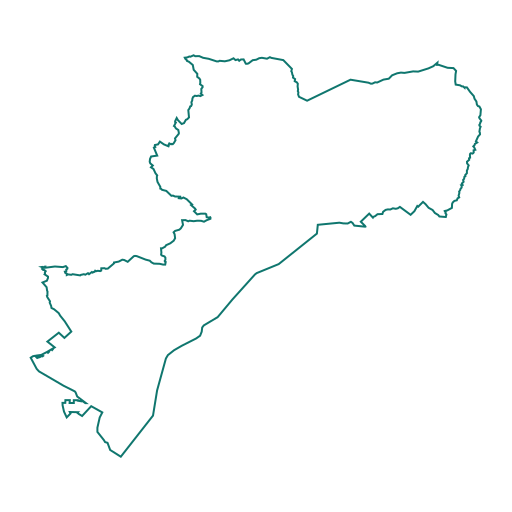 outline of Ramnicu Valcea, Vâlcea, Romania
{"feature_id": "2599482B78042684823285", "entity_name": "Ramnicu Valcea", "entity_type": "district", "adm_level": 2, "iso_a3": "ROU", "parent_name": "Romania", "parent_adm1": "Vâlcea", "projection": "equal_earth", "projection_center": [24.36, 45.075], "detail": "fine", "context": "isolated", "style": "outline", "palette": "teal", "viewbox_px": 512, "rotation_deg": 0, "n_neighbors": 0, "source": "geoboundaries", "source_scale": "gbopen_adm2", "svg_char_len": 5898}
<svg xmlns="http://www.w3.org/2000/svg" viewBox="0 0 512 512"><path d="M410.6,214.8L414.4,211.2L417.3,206.0L418.2,206.7L423.0,201.9L425.5,204.1L428.6,207.8L432.6,210.0L434.9,213.0L438.2,215.0L439.4,216.5L445.8,217.0L446.4,214.4L445.5,213.4L445.7,211.8L444.8,211.4L444.7,211.0L447.3,210.4L451.9,207.9L452.1,203.9L452.7,202.5L454.4,200.9L456.8,200.3L457.6,198.3L459.2,197.4L458.6,195.7L459.4,192.8L459.1,191.7L460.3,189.8L460.4,189.0L461.6,187.6L461.7,186.0L461.2,185.2L462.6,184.9L461.9,183.4L463.6,181.8L463.1,180.0L464.1,178.8L464.4,176.8L465.4,176.2L465.2,175.1L466.9,173.2L466.9,170.5L467.7,169.1L468.0,167.0L468.7,165.4L467.1,163.4L467.0,161.7L469.2,159.8L469.0,158.3L470.1,157.7L469.9,154.9L470.2,153.7L470.9,153.2L472.5,153.6L473.1,153.2L473.7,152.5L473.6,150.3L475.3,149.8L474.2,147.4L473.3,146.4L474.5,145.2L474.9,143.9L477.2,142.5L475.9,141.4L478.1,136.5L480.0,134.4L479.9,132.8L479.4,131.7L479.9,128.5L480.6,126.7L479.5,125.7L479.3,125.0L480.1,123.6L480.3,122.3L481.1,121.5L481.3,120.6L479.5,118.3L479.1,117.2L480.4,115.2L480.9,109.3L479.4,106.5L478.0,106.1L476.9,104.6L476.4,101.5L474.5,98.7L473.8,96.1L470.1,91.9L466.9,87.4L464.4,87.3L464.4,87.6L463.1,86.4L461.9,86.4L460.0,85.3L455.7,84.6L455.2,81.4L455.5,74.3L456.1,70.9L453.5,68.1L447.6,67.8L438.9,64.9L437.1,64.9L437.4,62.7L433.3,66.2L428.4,68.4L418.2,71.6L413.1,71.4L404.5,72.9L400.9,72.6L397.1,73.3L392.1,75.3L388.8,78.7L383.5,79.6L377.2,82.5L375.1,82.3L372.4,83.6L370.9,83.7L368.5,82.7L350.5,79.7L307.1,100.7L299.0,96.8L298.1,94.4L298.4,92.3L297.8,91.1L298.1,89.6L297.6,86.5L297.8,83.7L296.8,82.3L294.7,81.2L295.1,79.1L293.0,77.6L293.2,76.0L292.4,74.7L291.9,72.2L291.3,71.3L291.9,68.9L283.3,60.1L271.4,57.9L269.9,57.2L267.0,58.7L261.9,57.8L259.2,58.2L256.3,59.7L252.7,60.2L248.5,63.4L247.0,63.8L245.8,63.7L243.6,59.4L240.9,59.5L239.2,60.8L238.0,59.4L235.5,60.1L233.5,58.3L229.4,60.3L224.8,61.3L219.6,60.8L218.4,61.4L216.7,61.4L208.7,58.8L203.1,57.8L199.2,56.1L195.2,56.2L193.6,55.3L190.4,56.7L189.3,56.5L187.3,57.4L184.8,57.7L185.4,58.9L187.0,60.4L187.0,60.9L189.0,61.8L192.8,65.0L193.7,69.8L197.3,73.8L197.2,76.8L199.4,78.5L200.2,79.8L200.3,83.0L200.0,84.2L202.6,86.1L202.6,87.2L201.3,88.9L201.5,92.4L200.8,93.6L202.4,95.0L200.3,96.1L198.8,95.6L196.6,96.0L194.9,95.7L193.0,97.1L192.4,98.7L192.2,100.6L191.4,102.2L191.8,104.4L191.5,105.3L191.1,106.1L190.2,106.4L189.5,108.4L188.3,110.1L189.0,117.4L187.3,119.2L185.9,119.8L184.0,123.1L181.7,124.0L177.9,120.1L176.7,118.0L175.1,121.3L175.2,122.3L175.8,122.6L174.0,126.0L174.7,126.4L175.9,128.4L178.3,130.0L178.9,133.1L178.6,134.0L175.0,138.4L175.5,140.2L173.8,143.1L172.7,144.2L171.7,143.9L171.1,144.3L169.3,143.4L168.6,144.7L168.8,145.5L168.5,146.3L163.9,144.4L159.9,141.6L158.0,144.4L154.9,145.0L154.7,146.0L155.3,147.0L153.9,147.7L157.2,155.6L151.1,156.5L150.0,159.0L149.7,161.8L150.3,163.4L152.8,165.5L151.0,167.3L153.5,169.0L155.5,173.3L157.2,175.4L156.9,176.0L156.8,178.4L157.5,181.9L160.3,186.8L160.3,188.6L161.2,188.9L162.0,189.8L166.3,190.9L171.4,195.8L173.0,195.6L175.0,196.5L181.1,196.7L179.2,197.5L178.9,198.2L181.4,198.5L183.4,197.5L186.7,199.2L192.1,204.5L191.1,205.1L195.1,208.6L195.7,209.6L194.0,211.2L197.2,214.4L200.6,213.7L205.4,213.7L206.2,214.2L206.7,217.2L208.9,217.6L210.2,217.2L210.5,217.7L210.4,218.8L206.7,220.2L204.0,221.7L201.1,220.8L197.2,220.7L193.7,221.2L189.6,220.7L188.2,221.3L185.5,220.1L182.1,220.2L183.0,224.9L180.8,228.4L179.3,229.7L175.1,230.9L173.6,232.3L174.6,234.2L175.1,238.2L173.7,240.7L170.3,243.3L166.1,245.2L165.1,246.7L162.2,248.3L161.0,248.3L161.4,252.6L161.1,254.7L162.0,255.6L164.5,256.4L165.4,257.7L165.4,259.8L164.7,261.0L165.0,261.7L165.7,262.0L165.2,264.6L163.1,264.6L159.7,263.8L153.8,263.6L151.4,262.3L149.8,260.7L145.6,259.6L136.7,256.1L135.0,255.9L133.8,256.2L127.7,261.8L124.2,260.0L122.3,259.7L118.7,261.6L114.0,262.5L114.0,263.3L113.5,263.8L107.8,268.6L105.6,268.8L104.6,268.2L101.3,268.3L101.2,270.6L100.2,271.1L97.8,270.8L96.2,271.2L95.2,270.7L94.5,271.9L93.7,271.9L92.7,272.6L91.9,272.0L89.0,274.2L88.0,273.2L85.3,274.7L83.9,274.2L80.8,274.9L80.2,275.4L72.6,274.2L71.3,274.8L68.1,274.4L66.8,275.0L66.8,273.7L65.3,272.9L64.9,271.7L65.9,271.6L66.4,271.0L66.2,269.6L67.3,268.8L67.5,268.0L65.8,266.1L62.9,267.1L54.9,266.5L45.6,267.7L45.3,267.4L45.4,266.6L44.9,266.6L44.3,266.8L44.0,267.7L42.4,266.9L41.7,267.0L42.6,267.4L42.8,268.2L42.1,268.9L43.1,269.9L44.4,270.1L45.7,271.2L44.9,272.4L45.0,273.8L44.6,274.3L48.0,276.6L48.0,277.9L46.9,280.7L42.5,282.5L46.6,287.2L47.1,290.7L47.5,291.5L47.4,295.4L46.9,295.8L47.3,297.1L50.0,301.3L49.7,302.7L51.1,305.8L51.5,308.0L54.0,309.2L58.7,313.1L60.2,315.7L64.7,321.3L71.3,331.6L64.4,337.9L58.8,332.7L47.4,341.6L54.7,347.4L51.9,349.1L52.6,349.5L52.1,350.1L51.3,349.4L48.1,351.3L48.9,351.9L48.0,352.8L47.1,351.9L41.5,354.8L43.1,355.9L42.6,356.3L40.7,355.0L38.4,355.3L40.2,356.9L39.8,357.1L37.8,355.4L36.6,355.6L38.5,357.5L37.2,358.0L35.0,355.8L33.0,356.2L30.7,357.7L36.7,368.9L39.0,371.4L63.5,385.7L74.8,391.4L75.6,392.4L77.2,396.5L85.9,403.1L85.3,403.1L81.6,400.4L81.4,401.3L77.8,400.7L77.8,400.2L73.8,400.2L73.8,403.0L69.6,403.0L69.8,400.1L65.4,400.1L65.3,402.9L62.5,402.9L62.6,405.4L64.0,411.6L66.7,417.4L70.5,413.5L69.8,412.0L77.6,412.2L77.1,412.6L77.5,413.0L78.0,412.7L78.7,413.9L82.1,416.0L91.2,406.2L102.3,412.4L99.7,417.5L97.4,427.7L97.4,431.9L103.9,440.1L105.1,442.1L107.5,442.8L110.2,450.0L120.8,456.7L153.0,415.6L157.1,390.4L165.9,358.5L167.9,355.1L174.1,350.2L181.9,345.7L196.1,338.5L200.1,335.7L201.7,331.7L202.2,327.5L203.8,325.4L217.7,317.1L232.4,299.5L255.0,274.4L256.7,273.1L278.7,264.1L316.9,233.6L317.8,224.8L339.4,222.7L343.4,223.4L347.7,223.5L350.9,221.8L352.5,222.9L354.3,225.6L365.2,226.7L365.4,226.6L365.1,226.0L360.8,221.7L369.2,213.6L372.9,217.6L373.3,216.9L375.2,216.1L377.5,214.2L382.4,214.0L383.1,211.8L385.6,209.9L387.8,209.4L390.3,209.5L392.9,208.3L395.8,208.8L397.8,208.3L399.9,206.9L410.6,214.8Z" fill="none" stroke="#0f766e" stroke-width="2"/></svg>